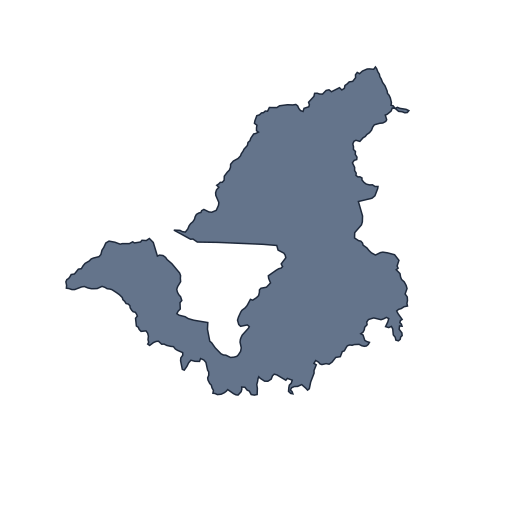 Resende, Rio de Janeiro, Brazil (Mercator projection), rotated 342°
{"feature_id": "56859067B32090698644023", "entity_name": "Resende", "entity_type": "district", "adm_level": 2, "iso_a3": "BRA", "parent_name": "Brazil", "parent_adm1": "Rio de Janeiro", "projection": "mercator", "projection_center": [-44.503, -22.442], "detail": "fine", "context": "isolated", "style": "filled", "palette": "slate", "viewbox_px": 512, "rotation_deg": 342, "n_neighbors": 0, "source": "geoboundaries", "source_scale": "gbopen_adm2", "svg_char_len": 6149}
<svg xmlns="http://www.w3.org/2000/svg" viewBox="0 0 512 512"><g transform="rotate(342 256 256)"><path d="M240.5,176.6L241.9,179.1L238.9,180.9L237.1,183.4L236.5,186.0L237.2,193.6L236.0,196.2L232.3,200.3L227.3,200.7L224.8,199.5L220.8,195.6L218.3,196.1L217.0,197.6L215.0,197.4L212.2,198.0L210.3,199.8L208.8,202.1L206.4,204.0L203.9,205.0L201.8,206.5L199.5,209.2L196.2,211.4L193.5,210.1L191.6,208.1L185.9,206.0L198.9,219.8L201.3,220.4L204.5,224.6L223.5,231.1L266.4,247.1L279.0,252.4L278.8,257.2L283.4,261.9L284.0,264.2L283.8,266.9L277.5,271.3L278.0,274.3L276.1,275.3L273.7,275.1L270.7,275.8L261.6,278.6L261.1,281.3L261.5,286.1L256.3,288.9L250.7,288.2L248.8,289.3L248.0,291.6L246.2,294.5L243.5,295.8L239.2,297.0L237.3,295.5L232.2,300.4L229.6,302.0L225.8,303.3L224.2,304.6L220.5,308.6L218.6,311.3L218.4,315.8L219.6,318.1L226.5,318.9L227.8,321.1L226.4,322.4L218.4,327.0L216.6,328.9L215.3,330.6L214.2,333.0L213.6,338.8L211.9,341.9L208.6,344.6L206.7,345.5L203.8,345.4L200.4,344.6L196.7,341.0L194.5,340.1L192.5,338.2L188.8,330.7L187.0,324.8L185.7,322.8L187.2,310.7L189.6,304.4L176.9,297.8L172.2,294.6L169.8,291.8L164.5,288.5L162.9,286.4L164.8,284.5L167.6,283.0L169.3,276.9L171.7,275.4L171.7,271.4L170.6,268.9L170.1,266.2L170.3,263.2L172.1,260.8L176.4,257.1L177.2,253.8L178.2,251.4L178.1,248.6L173.6,237.3L170.3,231.9L169.6,229.4L167.7,226.8L164.5,225.3L162.2,225.6L162.5,211.4L160.0,206.4L156.4,207.4L152.4,205.8L150.5,207.0L144.4,206.0L143.1,204.4L139.4,205.1L132.6,202.9L130.5,202.8L126.1,199.3L120.8,196.4L117.2,197.2L113.9,200.8L111.3,202.9L108.9,206.7L106.5,208.1L100.7,207.7L98.3,207.9L95.9,209.2L91.2,210.2L88.6,211.8L86.0,214.1L83.0,213.6L77.8,217.0L74.5,216.5L72.6,218.3L70.8,219.5L68.8,220.0L67.2,221.8L66.8,225.4L65.7,228.0L68.1,229.2L70.6,231.1L73.2,231.9L80.7,231.5L83.4,232.0L86.2,234.4L89.4,236.3L92.7,237.3L94.9,237.9L100.2,237.3L102.6,239.1L104.3,241.1L106.7,242.2L108.6,243.5L112.0,247.7L114.2,250.7L116.0,254.2L115.9,256.4L117.1,258.5L117.7,261.0L119.7,262.3L120.7,264.3L120.3,266.4L121.0,269.1L121.9,271.0L123.9,272.3L124.4,274.3L124.6,276.5L122.2,278.0L120.6,285.6L122.0,287.4L122.2,289.7L123.4,292.2L128.2,293.2L129.1,295.8L128.9,299.0L127.4,302.3L127.3,304.9L125.8,306.3L127.2,308.2L131.9,306.6L134.6,306.4L136.9,306.9L139.0,310.7L141.4,311.4L143.4,313.4L147.0,315.6L149.5,316.7L150.5,319.5L152.1,321.4L156.4,325.2L155.7,327.7L153.0,329.7L151.9,332.3L150.9,341.0L152.5,342.4L156.3,339.5L158.9,336.8L161.9,335.0L165.4,337.3L169.7,338.8L171.6,336.4L174.2,338.7L175.5,341.7L174.7,349.6L175.2,351.6L174.2,354.8L172.4,356.9L172.0,359.1L172.6,363.0L173.6,365.0L173.4,367.8L174.0,370.6L172.6,373.2L174.5,374.1L176.5,375.9L180.2,376.7L183.8,376.2L186.0,375.4L187.8,374.3L192.1,380.0L194.1,381.9L196.0,382.7L199.9,380.5L201.3,378.4L201.9,376.2L204.9,377.4L206.1,380.8L207.9,382.4L208.6,386.3L211.5,387.8L214.3,388.1L216.4,382.3L217.0,378.5L218.7,375.9L220.0,373.3L221.3,371.7L222.2,373.6L225.5,377.7L228.6,378.8L232.4,377.8L234.7,375.0L236.8,374.0L239.1,375.5L246.0,383.4L248.0,382.1L252.1,385.3L250.2,387.9L247.8,389.1L246.5,391.4L245.1,394.8L246.5,397.4L248.5,398.5L248.4,396.0L247.3,394.1L249.1,392.3L252.1,392.0L255.3,392.9L259.7,392.4L262.4,396.9L263.6,399.5L265.7,398.7L269.1,392.7L275.0,385.4L275.8,382.8L279.7,378.1L277.9,376.0L280.5,373.8L282.7,376.3L283.5,378.4L285.1,379.6L289.4,380.0L292.1,381.5L295.6,380.4L300.5,377.1L305.1,377.8L308.5,373.6L310.7,373.5L313.6,370.8L315.2,369.6L317.7,369.6L319.8,370.6L322.1,370.6L326.8,371.9L328.8,374.0L331.2,375.4L333.2,375.7L335.4,374.8L337.2,373.2L335.1,371.7L333.4,369.9L333.4,364.2L331.6,362.3L334.3,361.5L336.2,359.6L337.3,357.4L340.4,355.7L340.9,353.0L343.3,351.2L346.7,351.2L348.9,351.3L355.2,355.2L358.0,355.2L361.0,354.7L362.9,356.5L361.1,359.3L357.4,363.2L360.1,365.1L363.0,364.8L363.5,367.6L362.2,373.4L363.3,376.4L363.0,379.2L365.2,380.7L367.4,379.8L368.6,377.7L370.4,376.9L371.0,374.2L369.5,369.9L370.9,366.9L373.2,367.9L373.2,365.7L372.2,363.8L373.4,362.0L375.4,361.5L373.2,354.5L372.8,351.7L375.2,350.8L377.9,350.9L381.1,350.0L384.6,350.4L384.9,347.7L386.3,345.2L387.2,341.7L386.1,338.2L389.6,333.6L389.7,330.4L389.0,326.5L387.2,323.3L387.0,320.8L387.5,317.2L385.1,312.4L387.4,311.5L387.1,309.1L390.6,304.3L388.2,297.6L382.0,293.6L377.8,291.5L375.3,291.2L369.9,292.0L366.7,288.6L365.1,285.6L364.0,282.6L361.2,278.8L361.3,276.6L360.3,274.3L358.2,273.0L355.3,269.3L357.1,264.3L365.9,259.0L367.7,256.4L369.7,250.9L370.2,235.8L384.2,236.9L387.7,235.5L392.5,229.6L393.5,227.6L390.6,226.6L388.8,224.3L386.0,223.5L383.1,221.7L381.4,219.3L380.3,216.4L380.9,214.5L379.3,212.8L377.4,212.3L376.0,210.3L376.9,208.1L376.2,205.2L377.2,202.2L376.5,197.2L378.9,195.4L381.6,195.4L382.6,193.2L381.8,190.0L382.9,187.3L381.6,184.8L382.5,182.2L382.7,179.3L384.6,177.2L386.8,176.8L390.2,179.1L394.5,176.6L396.9,176.1L398.9,174.7L402.0,173.8L404.8,172.0L406.8,169.5L409.1,167.8L414.6,168.0L417.7,168.7L421.0,168.1L422.4,166.8L422.5,161.9L424.5,161.8L429.3,159.9L431.3,157.4L434.0,158.7L432.8,155.5L431.0,154.4L432.2,152.0L432.6,147.1L432.2,144.1L431.3,142.0L431.7,139.7L431.3,134.1L430.0,129.9L429.8,126.4L429.2,123.7L429.5,121.2L428.8,118.6L428.6,115.0L428.0,113.1L425.6,114.8L421.7,113.1L419.5,112.5L414.4,113.0L410.8,114.6L409.0,112.7L406.6,114.4L405.8,117.2L401.9,119.8L398.4,119.2L395.9,120.5L393.3,121.3L391.8,123.9L388.9,124.6L387.4,121.7L378.5,123.1L376.8,120.5L373.9,120.2L369.3,122.6L366.5,121.6L364.5,120.1L362.0,119.4L360.4,122.1L353.5,126.0L353.5,128.7L352.3,130.4L347.3,130.4L345.4,133.1L343.3,131.5L342.3,128.9L342.0,126.1L340.7,124.2L337.6,123.7L332.8,121.9L324.8,120.4L321.7,121.3L314.6,118.9L311.7,121.9L309.6,121.0L307.4,122.0L305.4,121.6L303.0,122.8L300.1,122.8L296.8,127.0L295.5,129.3L297.3,131.9L296.1,134.2L295.2,137.0L296.6,138.9L293.9,139.4L291.5,139.2L287.4,142.4L285.9,144.5L283.5,145.5L282.0,148.2L277.6,150.7L276.0,152.4L273.7,154.1L272.2,156.0L269.1,157.7L263.8,158.7L260.2,160.9L259.2,163.7L257.2,166.1L254.6,167.4L250.5,170.3L249.1,174.1L246.7,175.5L244.8,174.9L242.7,176.0L240.5,176.6ZM434.0,158.7L436.3,162.5L439.6,164.0L441.8,165.8L444.2,166.3L446.3,165.0L444.1,162.9L438.4,160.0L436.4,158.3L434.0,158.7Z" fill="#64748b" stroke="#1e293b" stroke-width="1.5"/></g></svg>